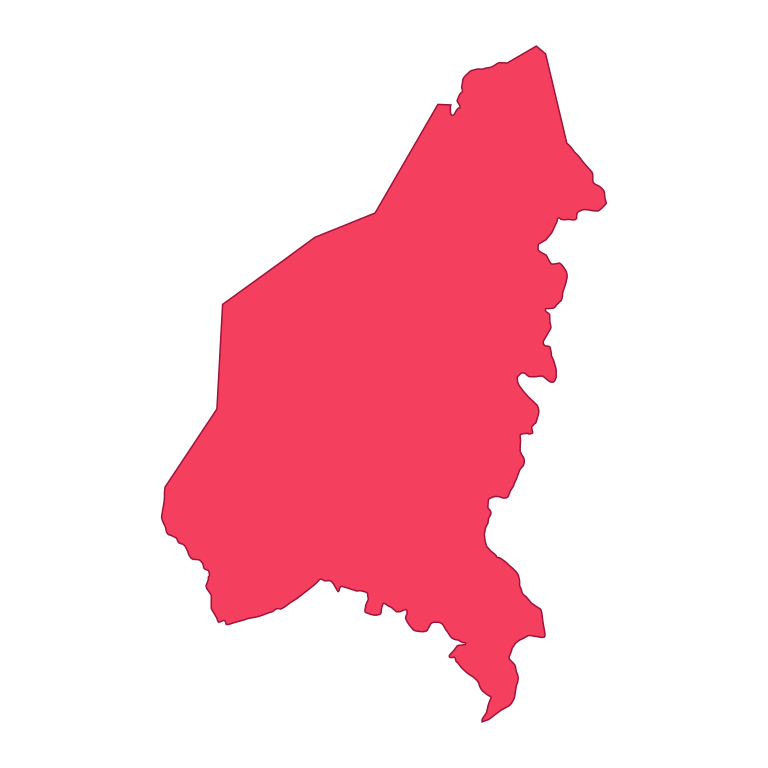 Concepcion de Maria, Choluteca, Honduras (Natural Earth projection)
{"feature_id": "27666195B30241757511056", "entity_name": "Concepcion de Maria", "entity_type": "district", "adm_level": 2, "iso_a3": "HND", "parent_name": "Honduras", "parent_adm1": "Choluteca", "projection": "natural_earth1", "projection_center": [-86.944, 13.221], "detail": "fine", "context": "isolated", "style": "filled", "palette": "rose", "viewbox_px": 768, "rotation_deg": 0, "n_neighbors": 0, "source": "geoboundaries", "source_scale": "gbopen_adm2", "svg_char_len": 6106}
<svg xmlns="http://www.w3.org/2000/svg" viewBox="0 0 768 768"><path d="M482.1,721.9L488.7,719.5L501.0,710.2L509.1,705.8L511.4,703.5L512.7,701.3L514.2,698.3L514.6,697.0L516.3,685.8L517.4,682.8L517.9,680.6L518.2,678.5L518.1,676.8L517.4,674.1L516.3,671.7L515.4,666.6L514.9,665.0L514.1,664.0L509.9,659.7L509.3,658.7L509.1,657.7L509.3,656.4L511.5,650.9L512.1,648.3L513.9,645.7L515.1,643.7L516.6,642.3L519.9,639.9L522.7,638.7L528.3,635.6L530.3,635.5L542.0,637.5L544.2,637.2L544.7,636.5L545.0,635.7L544.9,633.3L542.9,621.7L541.7,612.2L540.9,609.7L540.2,608.9L535.5,605.9L531.3,602.9L525.9,596.5L524.0,595.2L522.7,593.8L522.1,592.6L521.4,589.9L519.6,585.6L519.6,580.6L518.5,575.7L517.9,574.3L516.1,571.8L513.1,568.7L509.5,565.6L506.7,562.9L504.2,560.9L500.6,558.4L498.8,557.6L497.3,557.4L496.7,557.0L495.9,555.2L490.5,550.7L486.8,546.5L486.1,544.6L485.1,540.7L484.3,534.4L485.6,527.7L486.7,525.3L487.9,523.3L488.7,518.0L490.5,515.2L490.9,513.8L490.9,512.3L490.6,511.2L489.8,510.0L488.4,508.6L487.9,507.4L488.2,501.5L488.6,499.6L489.2,498.8L490.5,498.0L492.9,497.1L495.3,496.4L500.0,496.8L501.7,497.7L504.1,498.1L506.6,497.7L507.5,497.1L508.2,496.4L510.4,490.8L513.5,486.0L514.4,483.1L516.3,479.3L519.7,470.0L521.5,467.6L523.2,465.9L524.2,462.7L524.3,460.2L523.8,458.1L523.2,456.9L521.6,454.5L520.2,451.2L520.1,448.8L520.5,441.5L520.4,438.1L520.1,436.2L520.2,435.1L521.0,434.3L522.6,433.8L527.2,433.3L527.8,433.4L528.4,433.9L529.2,434.0L531.5,433.5L532.5,433.1L532.6,432.7L532.6,431.9L531.6,427.6L532.4,426.2L533.9,424.3L535.5,423.2L535.9,422.8L538.3,414.7L538.8,412.1L538.7,409.7L538.2,407.6L537.1,405.2L527.8,396.3L523.3,391.1L520.1,386.9L518.5,384.3L517.6,381.4L517.1,378.9L517.3,377.1L519.1,375.1L521.0,373.3L521.8,372.9L523.6,372.9L525.4,373.6L527.2,375.4L529.3,376.7L534.8,376.8L540.0,376.1L542.9,376.2L549.3,381.4L550.7,382.0L552.3,382.2L553.4,382.0L554.4,381.3L555.2,379.7L556.2,377.2L556.2,369.5L554.1,361.9L552.4,357.7L551.4,355.9L551.4,353.8L550.3,347.8L549.8,346.9L549.0,346.4L547.5,346.0L545.6,346.0L544.8,345.6L543.7,344.4L543.2,343.0L543.3,341.8L544.1,339.9L550.5,328.9L550.9,327.7L550.8,325.9L550.2,323.7L549.8,320.8L549.7,314.6L548.9,313.6L545.8,311.4L545.5,310.5L545.4,309.4L545.6,308.9L546.1,308.6L548.4,308.7L553.8,308.0L555.1,306.9L557.1,304.3L558.6,303.1L559.3,301.9L560.5,301.3L561.0,300.7L561.7,299.2L562.3,297.3L562.9,291.8L565.9,283.0L567.1,277.3L567.1,274.9L566.5,272.1L565.6,270.2L562.6,265.8L560.6,263.8L559.7,263.2L559.0,263.1L554.3,264.0L552.4,264.1L551.5,263.9L550.7,263.2L549.6,261.6L546.2,255.1L540.8,252.2L538.6,250.5L538.2,249.6L538.0,248.2L538.2,245.4L538.5,244.4L538.9,243.9L545.9,239.8L551.4,233.2L552.5,231.3L557.0,221.5L557.5,218.9L558.3,218.0L559.3,217.8L560.9,219.3L564.1,219.8L568.5,219.4L573.1,219.9L574.9,219.8L575.9,219.2L576.6,218.4L576.8,214.0L577.5,212.5L578.8,211.5L582.4,209.9L584.3,209.6L588.0,209.8L591.8,210.6L595.0,210.9L598.3,210.9L599.6,210.1L601.6,208.4L605.6,204.3L606.4,203.1L605.0,198.5L604.4,192.3L603.7,190.6L602.0,188.6L599.7,186.5L594.9,184.0L593.7,183.0L593.2,182.3L592.8,180.3L592.7,174.3L592.4,173.0L591.8,171.9L583.7,162.8L578.7,156.2L574.4,151.9L572.2,148.8L569.6,145.7L566.8,143.1L545.6,53.9L536.3,46.1L506.9,63.2L504.7,62.6L501.8,62.9L500.4,62.6L499.5,62.6L497.8,63.2L492.7,66.4L490.6,67.3L486.3,68.0L482.4,69.2L477.5,69.0L472.1,70.4L470.8,70.9L470.0,71.4L465.4,75.7L463.4,78.2L462.7,80.0L462.5,82.3L461.6,87.5L462.4,89.9L462.4,91.3L462.1,91.9L460.7,93.1L459.3,95.2L457.1,100.6L457.6,102.2L459.1,104.3L459.8,105.8L460.1,107.0L459.9,107.9L459.5,108.1L458.6,108.0L457.7,108.8L456.3,110.5L454.4,114.2L453.3,115.2L452.2,115.4L451.6,115.2L451.1,114.4L450.5,112.5L450.3,106.9L450.9,104.9L437.9,104.4L375.1,213.0L314.9,237.3L280.8,262.3L222.6,304.4L216.9,409.0L165.1,487.0L164.5,491.8L164.4,498.1L164.1,501.7L161.6,516.5L161.7,517.9L162.6,521.1L165.4,527.0L166.5,531.7L167.5,533.7L168.7,534.7L170.8,535.3L176.1,537.8L177.1,539.3L177.8,541.4L178.8,542.8L179.7,543.3L182.9,544.2L184.1,545.1L185.2,546.4L187.3,550.5L189.1,555.4L191.1,558.1L192.0,558.8L193.1,559.3L198.4,559.7L200.0,560.3L201.2,561.6L202.5,563.4L203.1,564.9L203.6,567.3L204.1,568.5L205.1,569.2L208.2,570.5L208.8,571.1L209.5,574.9L209.1,576.2L208.4,577.0L208.3,579.6L206.1,585.5L206.2,586.8L206.9,588.8L211.3,595.1L211.2,606.9L211.4,608.9L216.9,618.2L217.7,620.9L218.6,622.2L220.0,621.9L222.6,620.7L224.1,620.5L224.7,620.7L225.3,621.4L226.3,624.5L228.9,624.4L233.0,623.0L244.1,619.9L248.1,618.5L256.8,616.9L261.3,615.6L269.8,612.4L272.6,611.6L275.1,609.6L276.7,608.8L278.6,608.6L280.6,609.1L284.5,607.1L290.0,602.9L297.3,598.3L313.6,585.5L316.6,582.8L319.3,579.8L320.1,579.3L321.2,579.1L325.0,580.9L329.4,580.6L331.3,581.3L333.5,583.9L337.1,590.2L337.8,591.3L338.2,591.6L339.0,590.9L339.4,588.7L340.3,587.0L340.9,586.5L341.9,586.4L346.6,587.7L356.4,590.9L357.3,591.0L359.2,590.7L361.0,590.8L365.0,591.8L366.9,592.7L367.4,593.3L367.7,594.1L367.7,596.2L368.2,598.0L368.2,599.5L365.8,605.0L364.9,610.6L365.1,611.9L365.7,612.5L370.6,614.3L373.7,615.1L376.9,615.1L379.8,614.4L380.5,613.8L381.0,612.9L381.3,611.4L381.4,609.1L381.7,607.6L382.9,604.0L383.2,603.4L383.6,603.2L385.4,604.0L388.3,605.9L391.5,607.5L396.4,611.7L398.3,611.8L400.5,611.5L404.6,609.8L406.2,609.6L406.9,610.7L407.1,612.5L407.0,613.4L405.6,617.3L405.6,618.1L405.9,619.2L407.1,621.6L408.9,624.5L413.2,629.8L414.3,630.4L416.0,631.0L419.4,631.5L423.0,631.7L425.6,631.3L426.6,630.9L427.2,630.4L430.3,624.6L431.1,623.4L431.9,622.9L433.6,622.3L436.4,622.2L439.1,622.4L441.0,623.1L442.3,624.1L443.5,625.5L445.4,629.2L447.9,632.5L450.2,636.2L451.8,637.9L453.0,638.7L455.3,639.6L458.4,640.1L460.9,641.7L463.1,642.7L465.0,642.7L465.6,643.4L465.5,644.2L465.0,644.7L458.6,645.3L457.2,645.9L454.6,649.5L449.7,655.0L449.2,656.0L449.4,656.9L449.9,657.4L450.6,657.6L452.0,657.6L453.6,657.1L454.7,657.5L455.4,658.6L455.7,660.3L456.2,661.5L457.8,662.9L461.6,667.9L467.0,672.9L473.6,677.3L477.1,680.5L478.5,682.6L479.3,685.3L480.6,688.3L482.5,691.0L486.9,694.5L489.2,695.9L490.6,696.5L491.0,696.9L490.8,698.4L489.4,701.6L487.9,706.3L486.5,712.6L482.3,718.9L482.0,720.6L482.1,721.9Z" fill="#f43f5e" stroke="#9f1239" stroke-width="1.5"/></svg>